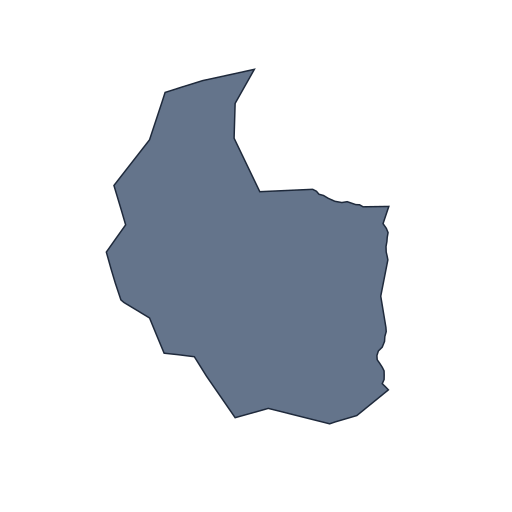 outline of Caridade do Piauí, Piauí, Brazil, rotated 248°
{"feature_id": "56859067B32922101627440", "entity_name": "Caridade do Piauí", "entity_type": "district", "adm_level": 2, "iso_a3": "BRA", "parent_name": "Brazil", "parent_adm1": "Piauí", "projection": "albers", "projection_center": [-40.967, -7.711], "detail": "fine", "context": "isolated", "style": "filled", "palette": "slate", "viewbox_px": 512, "rotation_deg": 248, "n_neighbors": 0, "source": "geoboundaries", "source_scale": "gbopen_adm2", "svg_char_len": 1037}
<svg xmlns="http://www.w3.org/2000/svg" viewBox="0 0 512 512"><g transform="rotate(248 256 256)"><path d="M429.7,324.4L433.2,303.7L438.6,272.3L440.4,250.7L441.7,233.0L434.5,227.0L403.6,200.8L381.5,162.6L374.6,150.7L347.7,148.2L333.7,146.8L324.9,133.0L315.7,118.7L298.6,116.8L283.6,115.4L265.9,114.3L262.3,116.2L238.4,134.1L219.3,134.2L200.3,134.4L193.8,146.6L185.7,161.1L163.0,165.1L113.9,176.1L110.1,210.3L83.2,247.2L75.7,257.5L72.8,261.4L72.5,267.3L70.3,289.7L82.3,328.6L86.1,327.1L90.3,325.2L93.5,328.5L97.5,330.2L101.5,331.7L105.4,331.4L109.6,330.6L114.4,329.5L118.4,330.8L122.1,333.9L124.2,338.9L128.7,343.2L133.1,345.3L137.1,348.4L141.1,349.7L172.0,356.6L203.0,376.8L206.5,377.5L210.9,378.2L216.1,380.1L220.4,382.8L224.2,384.7L228.2,387.2L232.8,387.2L238.4,385.9L252.2,397.7L261.5,373.7L264.7,371.2L266.3,367.7L269.1,364.5L272.2,360.9L273.4,355.6L277.2,349.6L282.4,344.6L286.8,341.3L289.7,337.5L293.4,336.3L296.6,333.5L314.2,283.6L373.4,279.8L405.3,293.8L429.7,324.4Z" fill="#64748b" stroke="#1e293b" stroke-width="1.5"/></g></svg>